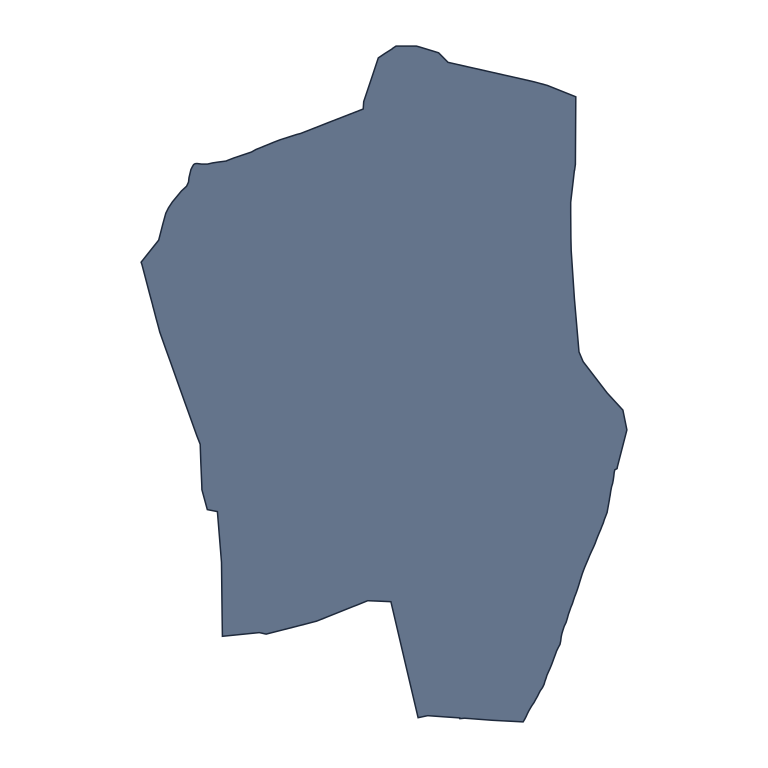 outline of Mayfa'at Ans, Dhamar, Yemen
{"feature_id": "15242507B32732575993939", "entity_name": "Mayfa'at Ans", "entity_type": "district", "adm_level": 2, "iso_a3": "YEM", "parent_name": "Yemen", "parent_adm1": "Dhamar", "projection": "natural_earth1", "projection_center": [44.633, 14.515], "detail": "fine", "context": "isolated", "style": "filled", "palette": "slate", "viewbox_px": 768, "rotation_deg": 0, "n_neighbors": 0, "source": "geoboundaries", "source_scale": "gbopen_adm2", "svg_char_len": 2606}
<svg xmlns="http://www.w3.org/2000/svg" viewBox="0 0 768 768"><path d="M523.1,721.9L524.7,719.3L526.1,716.6L527.4,713.7L528.8,710.9L530.3,708.3L531.9,705.6L534.0,702.6L535.6,699.6L537.5,696.3L538.9,693.4L540.3,690.7L542.5,687.6L544.1,684.3L544.9,681.4L546.0,678.4L546.9,675.4L548.4,672.0L550.0,668.5L551.5,664.9L552.7,661.7L553.8,658.6L555.2,654.9L555.9,653.0L556.5,651.2L558.3,647.5L560.0,644.4L560.3,642.9L560.6,641.5L560.7,641.1L561.2,636.9L561.9,633.6L562.9,630.3L564.2,626.3L566.1,622.4L567.5,617.8L568.4,614.4L569.9,610.2L570.5,608.4L571.0,607.0L572.4,603.7L573.6,599.9L574.7,596.6L575.6,594.4L576.4,592.3L577.5,589.1L578.6,585.7L579.3,583.4L579.7,582.0L580.8,578.5L582.2,574.0L583.4,570.7L584.7,567.3L586.7,562.6L588.2,559.1L589.6,555.6L591.5,551.4L593.4,547.4L593.8,546.5L594.7,544.4L595.1,543.5L596.4,539.9L597.8,536.3L599.3,532.7L600.7,529.5L602.0,526.1L603.3,523.0L604.3,519.7L605.8,515.9L607.2,512.2L607.2,511.9L609.5,499.2L609.5,498.7L610.2,495.0L610.7,491.4L611.2,488.8L611.6,486.7L612.6,483.5L613.3,479.8L613.8,476.2L614.2,472.5L614.8,469.8L617.1,468.6L617.4,466.8L626.9,429.9L622.9,410.1L607.1,392.9L583.1,361.6L579.0,351.9L574.4,298.5L571.2,250.5L570.9,237.7L570.7,212.6L570.7,206.2L570.7,202.3L573.5,178.4L574.4,170.3L574.6,170.2L575.3,164.9L575.4,164.6L575.8,96.8L547.3,85.4L534.0,81.8L509.0,76.1L503.1,74.8L485.5,70.8L467.7,66.8L447.9,62.3L447.4,61.7L440.7,54.9L438.6,52.8L433.8,51.3L419.7,47.0L416.5,46.1L396.5,46.1L396.0,46.1L392.4,48.5L392.3,48.8L384.8,53.5L378.3,57.9L376.6,63.0L372.7,74.8L363.7,101.6L363.2,109.0L329.0,122.3L300.5,133.5L296.9,134.4L280.3,139.7L273.8,142.2L255.9,149.5L251.5,152.0L234.5,157.7L227.0,160.6L226.4,161.0L218.6,162.0L212.6,162.9L207.4,164.1L201.7,164.1L197.0,163.5L195.1,163.7L194.2,164.2L193.6,164.6L192.3,166.8L190.9,169.6L190.3,172.2L189.0,177.6L188.5,182.1L186.6,186.2L181.5,190.9L180.9,191.6L172.4,201.9L168.5,207.8L165.8,213.2L162.8,224.1L158.7,240.1L141.1,262.2L141.9,264.4L146.9,283.5L149.7,294.2L152.6,304.9L152.8,306.0L153.7,309.2L156.3,319.2L157.5,323.5L159.1,329.5L159.7,331.9L165.9,349.4L170.5,362.1L177.9,383.0L178.3,384.1L184.3,400.9L184.8,402.3L188.5,412.5L196.8,435.7L200.2,444.3L200.8,462.1L201.8,485.7L201.9,489.7L207.3,509.6L217.4,511.6L221.5,562.4L222.1,614.6L222.4,636.3L259.3,632.6L262.1,633.2L264.6,633.8L266.2,634.1L306.9,623.7L313.7,621.9L316.5,621.2L353.2,606.5L356.9,605.1L367.7,600.7L377.7,601.1L390.9,601.7L403.0,653.4L404.3,659.0L418.1,717.7L427.5,715.7L428.3,715.7L445.0,716.9L459.7,717.9L459.6,718.4L459.8,718.7L464.5,718.2L485.9,719.8L492.6,720.3L523.1,721.9Z" fill="#64748b" stroke="#1e293b" stroke-width="1.5"/></svg>